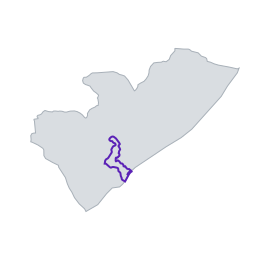 Margibi on a map of Liberia (orthographic projection), rotated 284°
{"feature_id": "LBR-789", "entity_name": "Margibi", "entity_type": "County", "adm_level": 1, "iso_a3": "LBR", "parent_name": "Liberia", "parent_adm1": "", "projection": "orthographic", "projection_center": [-10.158, 6.461], "detail": "fine", "context": "in_parent", "style": "outline", "palette": "violet", "viewbox_px": 256, "rotation_deg": 284, "n_neighbors": 0, "source": "natural_earth", "source_scale": "10m", "svg_char_len": 4290}
<svg xmlns="http://www.w3.org/2000/svg" viewBox="0 0 256 256"><g transform="rotate(284 128 128)"><path d="M36.8,107.4L39.1,105.4L42.6,99.0L47.5,92.9L52.0,89.2L55.5,85.5L59.3,82.6L64.7,79.3L73.0,70.4L75.0,69.4L76.3,63.3L78.4,55.5L80.8,53.1L86.4,51.6L87.7,50.3L89.7,44.8L91.0,38.4L91.1,37.0L93.3,36.8L97.1,35.5L99.3,36.1L100.3,37.9L100.8,39.5L112.2,35.5L113.2,34.7L113.8,34.8L115.3,38.4L116.1,38.2L116.8,37.1L117.6,37.0L118.5,37.5L119.4,39.2L120.8,40.7L123.3,41.7L124.9,43.2L124.7,47.0L125.3,50.8L126.4,51.6L127.0,53.9L127.3,56.3L127.9,57.6L128.3,60.1L128.1,62.7L128.6,64.6L130.4,67.8L131.6,71.9L131.6,74.7L130.9,77.8L129.7,80.5L127.6,83.5L127.4,84.7L128.7,85.5L130.6,85.7L132.2,85.1L136.3,86.4L138.4,88.4L140.3,90.9L142.0,92.1L142.7,93.6L145.6,93.2L149.0,91.7L149.7,91.0L150.7,91.4L152.8,91.5L154.3,88.8L155.5,85.8L158.1,82.4L159.4,81.1L159.7,79.0L159.9,76.2L160.8,73.8L163.0,72.5L165.3,72.5L166.5,73.0L167.2,75.3L169.1,77.1L170.6,78.3L171.5,78.8L172.8,80.1L174.1,84.8L179.1,99.9L178.9,104.0L177.9,106.8L177.9,109.4L177.6,112.1L174.6,116.4L165.6,125.2L166.3,126.0L168.5,127.0L170.6,127.5L172.4,127.2L174.7,129.4L177.1,132.2L179.7,133.6L183.4,134.9L186.6,135.0L189.4,134.5L193.2,135.0L197.4,137.3L198.9,141.1L199.9,144.4L201.3,146.0L201.5,148.9L204.5,151.4L208.7,151.9L214.1,154.8L215.5,154.6L216.1,154.2L216.7,154.8L218.1,163.3L219.2,167.8L218.7,169.6L217.9,171.0L217.9,177.9L215.5,181.8L215.1,186.1L214.4,187.5L211.8,188.8L211.8,192.1L211.1,196.1L210.9,200.4L211.6,211.5L211.8,219.8L213.0,221.3L207.9,220.7L192.8,214.4L181.2,210.8L142.3,190.2L131.5,181.9L119.0,169.5L91.4,144.5L85.1,140.5L77.1,138.6L72.2,136.4L68.8,134.1L66.0,127.2L59.1,123.1L46.3,117.2L36.8,107.4Z" fill="#d9dde1" stroke="#a8b0b8" stroke-width="1"/><path d="M87.3,141.3L87.3,141.2L86.7,140.6L86.1,140.1L84.6,139.2L83.9,138.9L83.0,138.8L83.0,139.2L85.3,140.4L86.3,141.2L86.7,142.2L86.0,141.4L84.8,140.7L83.4,140.1L75.4,138.1L76.3,135.1L76.4,134.9L76.6,134.7L76.9,134.4L77.1,134.2L77.3,134.1L77.8,134.0L78.2,133.8L79.6,132.7L80.0,132.5L82.0,131.7L82.4,131.5L82.6,131.4L82.9,131.1L83.6,129.7L83.8,129.3L84.0,129.1L85.7,128.5L85.9,128.4L86.1,128.3L86.5,128.0L86.6,127.8L86.7,127.4L86.8,126.7L86.7,124.1L86.6,123.1L86.5,122.7L86.3,122.3L86.1,122.0L85.6,121.3L85.5,121.2L85.4,120.8L85.4,120.5L85.5,120.2L85.6,119.8L87.9,115.5L88.0,115.1L87.8,114.0L89.3,113.9L90.2,113.8L90.9,113.8L91.2,113.9L91.6,114.0L92.2,114.3L92.5,114.5L93.4,115.5L93.8,115.8L94.2,116.0L94.6,116.2L100.0,118.0L100.4,118.1L100.8,118.0L101.4,117.9L102.4,117.3L102.9,117.1L103.0,117.1L103.4,117.1L105.3,117.6L106.3,117.9L106.5,118.0L106.8,118.2L106.9,118.4L107.7,119.4L108.0,119.8L108.3,120.0L108.6,120.0L108.9,120.0L109.4,119.7L109.6,119.5L109.8,119.3L109.9,119.2L110.0,118.7L110.1,118.0L110.1,117.7L110.3,117.3L110.4,117.0L110.5,116.8L111.2,116.2L111.3,116.0L111.4,115.8L111.4,115.7L111.2,114.6L111.2,114.2L111.3,114.0L111.3,113.8L111.4,113.6L111.5,113.5L111.7,113.1L112.0,112.8L112.2,112.7L112.4,112.6L112.6,112.6L113.2,112.7L113.5,112.8L113.9,113.0L114.6,113.5L115.2,113.9L115.5,114.3L115.7,114.5L115.8,114.7L115.9,114.9L116.0,115.2L116.0,115.7L116.1,116.0L115.8,116.9L114.9,118.9L111.6,122.9L110.7,123.8L110.3,123.9L110.2,123.8L109.8,123.7L109.0,123.3L108.8,123.2L108.5,123.2L108.1,123.2L107.9,123.4L107.7,123.5L107.3,124.0L106.1,125.0L105.7,125.3L105.4,125.5L105.0,125.4L104.7,125.4L103.4,125.0L102.8,125.0L102.2,125.1L101.5,125.0L101.4,125.0L101.0,125.4L100.9,125.6L100.6,125.8L100.3,126.1L99.9,126.2L99.3,126.3L98.9,126.3L98.7,126.2L98.3,125.8L98.1,125.7L97.3,125.3L97.2,125.3L97.1,125.2L97.0,124.9L96.8,124.8L96.5,124.6L96.4,124.5L96.3,124.3L96.3,124.1L96.4,123.8L96.4,123.7L96.2,123.5L95.7,123.4L95.0,123.6L93.4,123.9L93.0,124.1L92.8,124.3L92.9,124.6L93.1,124.7L93.2,124.8L93.4,124.9L93.5,125.3L93.6,125.5L93.9,125.7L94.1,125.9L94.1,126.1L93.9,126.5L93.8,127.0L93.6,127.3L93.4,127.8L92.0,129.3L91.9,129.5L91.9,129.8L91.9,130.0L92.1,130.7L92.1,130.9L91.9,131.3L91.7,131.7L90.9,132.5L90.4,132.7L90.0,132.9L89.8,133.0L89.8,133.4L89.8,133.6L89.8,133.8L90.1,134.1L90.2,134.3L90.2,134.6L90.0,134.8L89.8,135.0L89.5,135.0L89.4,135.2L89.2,135.7L88.5,136.5L88.4,136.7L88.3,136.9L88.2,138.2L88.2,138.5L88.3,138.9L88.4,139.1L88.3,139.3L88.0,139.8L87.9,140.1L87.8,140.3L87.4,141.2L87.3,141.3L87.3,141.3Z" fill="none" stroke="#5b21b6" stroke-width="2"/></g></svg>